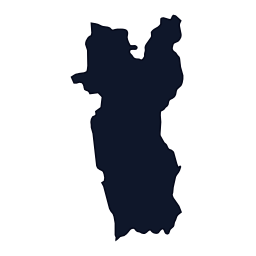 the border of Limerick, rotated 269°
{"feature_id": "IRL-726", "entity_name": "Limerick", "entity_type": "County", "adm_level": 1, "iso_a3": "IRL", "parent_name": "Ireland", "parent_adm1": "", "projection": "equal_earth", "projection_center": [-8.682, 52.516], "detail": "fine", "context": "isolated", "style": "filled", "palette": "ink", "viewbox_px": 256, "rotation_deg": 269, "n_neighbors": 0, "source": "natural_earth", "source_scale": "10m", "svg_char_len": 3684}
<svg xmlns="http://www.w3.org/2000/svg" viewBox="0 0 256 256"><g transform="rotate(269 128 128)"><path d="M16.3,114.1L17.0,114.1L18.6,114.5L21.3,113.5L33.0,113.7L39.6,112.7L42.6,111.7L45.1,109.7L47.8,108.3L70.3,102.8L73.7,101.0L75.2,103.5L78.6,104.1L82.3,103.5L85.0,102.6L86.1,101.3L87.2,99.1L88.7,97.1L90.8,96.2L123.1,93.1L129.3,91.5L131.6,91.5L131.8,91.5L134.6,91.2L137.4,91.7L139.7,93.0L140.7,95.4L142.0,96.5L145.1,96.1L148.9,101.5L159.6,102.9L164.0,98.8L163.1,90.6L165.0,89.7L166.1,88.4L166.6,86.8L167.4,85.5L169.2,85.0L170.6,84.8L172.0,84.4L173.3,83.7L174.3,82.8L174.8,80.2L174.0,77.3L174.0,74.9L179.9,72.4L181.8,75.5L182.5,76.9L182.9,79.1L183.1,79.9L183.2,80.3L183.7,84.7L183.9,85.6L185.0,88.0L187.2,88.6L190.8,89.1L206.5,89.1L212.3,87.3L213.9,87.4L215.7,87.9L218.6,89.6L219.8,90.8L220.5,92.0L220.7,92.9L223.6,93.7L233.4,93.2L232.6,97.4L232.0,99.6L230.1,103.5L229.7,104.8L229.0,109.4L228.5,110.8L227.9,111.8L226.6,112.9L226.1,113.7L225.9,114.7L226.5,116.9L226.8,118.9L226.8,122.4L226.7,124.2L226.5,125.6L226.0,127.3L225.6,127.9L225.3,128.2L225.0,128.5L224.5,128.7L223.8,129.0L222.8,129.1L221.7,129.0L219.6,128.6L218.5,128.5L216.3,128.9L213.4,129.9L210.5,131.4L210.2,131.6L210.0,133.6L210.1,136.4L209.4,137.6L208.6,138.3L207.6,138.1L206.9,137.5L206.7,136.5L206.8,134.0L206.7,133.0L206.6,132.2L206.4,131.7L206.2,131.5L205.8,131.2L205.1,130.9L204.1,130.7L203.2,130.9L202.6,131.2L202.1,131.5L200.5,133.0L198.2,134.5L197.7,135.1L197.2,135.9L196.9,136.7L196.7,137.8L196.5,140.3L195.6,142.0L195.6,142.8L196.2,144.0L198.3,145.5L199.2,146.0L199.9,146.1L200.0,146.1L200.8,146.0L202.5,146.2L204.6,146.8L205.8,146.9L208.1,146.7L209.5,147.0L211.1,147.8L218.4,153.1L219.8,153.4L223.3,153.2L224.6,154.2L226.0,155.9L228.3,160.0L229.9,161.8L231.3,162.7L236.5,162.9L237.2,163.8L237.4,165.4L235.6,171.1L235.5,172.5L236.3,173.3L237.3,173.8L238.3,174.2L239.1,174.7L239.7,175.3L239.4,176.5L239.1,177.5L234.3,182.6L231.7,181.3L230.8,181.1L229.2,181.0L220.8,182.5L219.5,182.5L218.0,182.2L216.1,181.2L215.0,180.4L214.2,179.6L213.8,178.9L212.8,176.5L212.4,175.7L212.0,175.1L211.2,174.5L210.1,174.1L207.3,173.4L205.8,173.5L204.0,174.5L203.2,175.5L202.6,176.3L202.0,177.0L199.7,178.5L197.8,180.2L196.3,180.6L188.1,181.4L179.5,183.6L176.0,183.5L172.5,182.8L170.9,182.2L169.6,181.5L166.3,177.8L165.6,177.3L164.4,176.8L160.7,176.0L159.5,175.4L158.6,174.8L158.1,174.2L157.1,172.8L156.4,171.3L156.0,170.5L155.4,169.8L154.7,169.3L153.7,168.9L150.9,168.3L150.1,167.8L149.4,167.3L148.2,165.7L147.6,165.2L146.9,164.7L146.3,164.2L145.8,163.5L145.3,162.7L144.7,161.1L143.1,160.5L140.2,160.3L133.4,160.7L121.3,159.7L119.6,159.9L112.6,163.7L110.9,165.6L110.2,166.1L109.3,166.5L108.3,166.9L106.7,167.7L106.1,168.3L105.6,169.0L105.3,169.9L105.0,170.7L104.5,171.4L103.9,172.1L103.3,172.7L102.5,173.1L91.2,176.0L88.7,176.9L87.6,177.8L88.0,178.5L88.6,179.1L88.7,179.6L88.2,179.8L84.8,178.6L82.9,177.5L80.1,175.4L78.4,174.5L68.0,172.0L62.8,171.4L60.8,170.8L59.3,171.0L57.1,171.9L48.9,177.4L43.0,179.6L40.8,176.7L40.2,176.1L39.3,175.4L38.4,174.9L35.6,173.9L33.0,172.6L29.7,171.9L28.9,171.5L28.3,170.9L27.3,169.7L26.1,168.4L25.3,167.9L22.3,166.8L21.8,166.2L21.5,165.4L22.0,164.2L22.8,163.5L25.6,162.4L26.3,161.9L26.7,161.1L26.8,160.2L25.9,159.0L25.2,158.2L23.1,156.6L22.7,156.1L22.4,155.1L22.4,154.2L22.8,152.3L23.3,151.3L24.0,150.4L24.6,149.8L25.4,149.3L25.8,148.6L25.9,147.8L25.2,146.5L24.5,145.6L23.8,144.9L22.9,143.6L22.5,142.7L22.5,141.5L23.0,139.7L23.7,138.7L24.1,137.6L24.5,135.8L24.9,135.1L25.4,134.5L26.1,133.9L26.9,133.4L27.5,132.7L27.9,131.7L27.7,130.1L27.1,128.8L26.1,127.7L23.9,125.9L22.3,124.4L20.7,122.1L20.3,120.2L19.7,118.0L17.3,115.5L16.3,114.1Z" fill="#0f172a" stroke="#020617" stroke-width="1.5"/></g></svg>